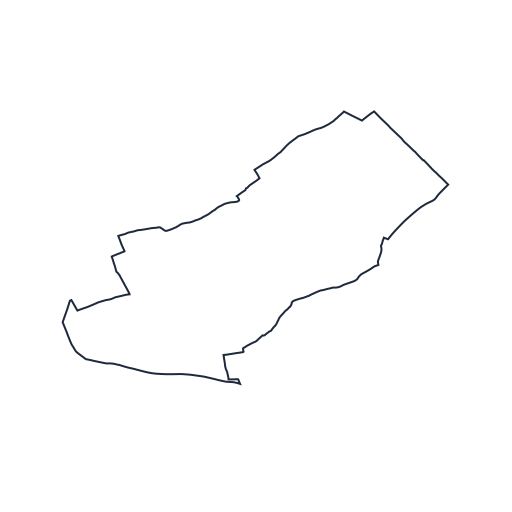 outline of Bueng Kum, Bangkok Metropolis, Thailand, rotated 257°
{"feature_id": "78962969B8359958585386", "entity_name": "Bueng Kum", "entity_type": "district", "adm_level": 2, "iso_a3": "THA", "parent_name": "Thailand", "parent_adm1": "Bangkok Metropolis", "projection": "robinson", "projection_center": [100.65, 13.809], "detail": "fine", "context": "isolated", "style": "outline", "palette": "slate", "viewbox_px": 512, "rotation_deg": 257, "n_neighbors": 0, "source": "geoboundaries", "source_scale": "gbopen_adm2", "svg_char_len": 6014}
<svg xmlns="http://www.w3.org/2000/svg" viewBox="0 0 512 512"><g transform="rotate(257 256 256)"><path d="M321.5,434.6L323.0,433.4L325.5,431.8L329.5,429.2L331.7,427.7L333.6,426.3L336.2,425.0L338.6,423.8L338.8,423.6L350.7,415.7L353.1,414.4L353.6,414.2L353.8,414.0L361.7,408.8L370.3,403.6L368.8,399.6L366.9,395.5L364.5,390.4L364.1,389.7L368.6,384.3L371.0,381.3L371.6,380.6L377.0,374.2L376.2,373.0L374.1,369.1L372.8,366.8L372.1,365.8L371.5,364.3L371.1,363.6L370.2,362.3L369.4,360.1L368.0,356.3L367.0,352.4L366.5,350.2L366.2,348.3L366.0,343.4L365.6,340.6L364.5,335.2L364.1,332.7L363.8,331.2L363.2,324.7L362.9,323.5L362.3,322.4L361.9,321.4L361.4,320.4L360.8,318.9L359.8,316.7L358.5,313.8L356.4,310.2L354.1,306.9L353.9,306.5L353.7,306.2L352.9,305.0L351.9,303.6L351.0,301.6L350.7,300.7L348.8,297.3L347.7,295.1L346.4,292.3L346.0,291.3L345.5,290.0L343.8,283.5L340.3,273.9L335.4,275.7L330.9,276.9L329.2,273.1L326.5,266.2L326.3,265.8L326.1,265.4L324.4,262.8L324.1,261.4L322.6,260.5L321.1,256.5L318.7,250.9L318.6,251.0L317.7,251.3L316.1,251.9L315.1,252.1L314.7,252.2L314.1,252.1L313.9,251.9L313.5,251.1L313.3,250.4L313.2,249.7L313.3,248.3L313.4,247.1L313.9,243.9L314.0,242.6L314.0,242.1L314.0,241.1L313.9,239.2L314.0,238.7L313.9,238.0L313.8,237.0L313.5,235.7L312.8,233.2L312.2,230.5L311.8,229.4L311.3,228.4L310.9,227.4L310.6,227.1L310.2,226.3L309.8,224.8L309.6,224.2L307.6,219.5L307.2,218.5L307.1,218.0L306.8,216.9L306.4,215.3L305.8,213.0L305.2,211.5L304.5,207.6L304.3,204.7L303.9,202.7L303.7,201.1L303.6,199.1L303.6,198.3L303.9,196.7L304.1,191.8L303.9,190.3L302.7,186.8L302.0,184.6L301.9,184.1L301.5,181.8L301.1,179.7L300.9,178.0L300.6,174.4L300.8,173.8L301.1,173.2L301.4,172.7L302.3,171.9L303.0,171.3L304.0,170.4L304.6,169.8L305.1,169.3L305.6,168.8L305.7,168.0L305.9,167.2L306.0,164.5L306.3,163.1L306.6,160.8L306.7,160.4L306.7,158.8L307.0,153.5L307.3,149.6L307.7,146.7L307.6,144.4L307.4,142.8L307.4,142.1L307.5,140.2L307.5,136.7L307.4,136.0L306.9,133.5L306.7,128.4L306.6,126.4L306.0,126.4L303.9,126.7L302.1,127.0L299.3,127.3L297.3,127.6L296.2,127.8L295.2,128.0L292.7,128.5L291.2,128.8L290.3,129.0L289.9,128.0L289.7,126.0L289.5,124.7L289.3,124.0L289.2,123.0L288.8,120.1L288.5,118.7L288.2,116.4L288.0,115.6L287.9,115.3L287.5,115.3L286.1,115.5L283.6,115.7L282.5,115.8L281.8,115.9L281.5,115.8L281.3,115.8L280.8,115.9L277.8,116.2L272.3,116.4L272.0,116.5L270.4,117.6L270.1,117.8L268.5,118.4L268.0,118.7L266.4,119.1L252.3,123.0L248.5,124.0L247.4,124.2L247.1,124.2L247.4,121.5L247.5,120.2L247.4,116.0L247.4,110.1L247.4,109.5L247.0,107.4L246.7,105.7L246.6,104.6L246.6,103.2L246.7,101.6L246.7,100.9L246.8,100.5L246.8,99.9L246.6,96.1L246.4,93.5L246.3,91.9L246.1,90.5L245.9,90.0L245.8,89.5L245.7,88.7L245.4,87.2L245.0,84.9L244.7,83.1L244.4,81.5L244.1,79.3L244.0,78.3L243.8,76.2L243.2,70.9L243.0,69.7L254.6,66.2L254.3,64.7L252.8,63.7L251.5,63.0L246.1,59.8L241.3,56.7L236.7,53.8L234.9,52.7L233.3,53.0L231.2,53.3L229.4,53.6L227.6,53.9L223.2,54.6L222.6,54.6L217.9,55.3L215.3,55.7L213.1,56.1L211.1,56.5L208.6,57.4L206.4,58.1L203.7,59.0L203.0,59.4L202.0,60.2L201.8,60.3L196.4,64.8L193.8,67.0L191.7,71.6L190.0,75.0L188.3,78.7L186.7,82.2L185.8,84.1L184.9,86.3L184.3,89.1L183.7,91.2L183.0,93.1L182.8,93.7L182.4,94.4L181.2,96.8L180.7,98.1L178.2,102.4L177.4,103.8L176.1,106.2L173.9,110.8L172.0,114.4L168.8,120.5L167.4,123.3L166.7,124.8L165.1,128.5L163.9,131.9L162.9,135.2L162.3,137.3L161.5,140.2L160.8,142.9L159.8,147.2L159.2,150.0L158.1,155.3L157.6,157.3L156.1,162.2L155.1,165.3L154.1,168.0L150.3,177.9L147.5,183.7L144.2,190.3L143.7,191.2L141.7,195.4L140.2,198.7L138.4,204.8L137.9,206.2L136.6,208.9L135.0,211.7L136.0,211.5L139.8,210.9L139.9,210.7L140.2,209.9L140.7,207.2L141.5,203.3L141.8,202.3L142.0,201.5L142.5,201.6L143.8,201.7L149.2,201.8L151.2,201.5L152.5,201.2L154.1,201.2L154.9,201.1L156.2,201.2L156.3,201.2L156.5,201.3L159.7,201.6L161.7,201.7L166.9,202.1L166.9,202.3L166.5,204.5L166.3,207.7L166.1,210.4L165.8,215.0L165.4,219.5L165.3,221.5L165.3,221.9L165.4,222.1L165.5,222.3L167.7,222.4L168.4,222.4L168.8,222.6L169.0,222.7L169.1,222.9L169.8,225.2L170.4,226.6L170.8,228.0L171.1,229.2L171.9,232.1L172.3,234.0L172.4,234.7L172.6,235.9L173.1,237.4L174.1,239.1L175.5,241.5L176.1,242.7L177.1,244.3L177.2,244.6L176.9,245.1L176.8,245.5L176.8,246.1L176.8,246.3L177.3,247.5L177.6,247.9L178.1,249.1L178.9,250.9L179.3,251.6L179.7,253.6L180.5,254.7L181.4,255.6L182.6,257.2L183.0,257.7L183.4,258.6L183.6,258.8L184.1,259.4L184.8,260.2L185.8,261.1L187.9,262.7L188.5,263.3L189.3,263.9L189.7,264.1L191.1,265.5L191.9,266.6L192.3,267.1L194.6,270.5L196.0,272.4L196.3,273.1L196.5,273.7L197.0,274.6L197.4,275.3L198.1,276.2L198.8,277.3L198.8,277.6L199.0,277.7L199.3,278.2L199.6,278.6L200.1,278.9L200.2,279.1L201.0,279.7L201.7,280.0L202.1,280.3L202.6,280.4L202.9,280.7L203.4,281.4L203.7,282.1L203.9,283.0L204.2,284.7L204.3,286.3L204.5,288.1L204.6,292.6L204.9,295.1L205.2,297.1L205.3,298.5L205.6,299.5L206.1,301.5L207.2,306.8L207.9,311.3L207.7,312.7L207.8,313.6L207.7,314.6L207.9,319.5L207.8,320.1L207.8,321.2L207.9,323.1L207.9,323.9L207.3,326.4L207.1,328.6L207.1,329.7L207.3,331.2L207.7,333.1L208.2,334.8L209.3,345.2L209.8,347.4L210.7,349.4L211.1,349.9L212.2,350.9L213.5,352.7L214.5,354.4L215.7,358.5L216.0,359.8L216.9,362.7L217.8,365.4L219.1,368.6L219.4,370.1L219.7,373.2L220.9,373.3L222.4,373.4L222.9,373.5L223.4,373.6L224.9,374.5L226.0,375.2L226.8,375.8L228.0,376.6L228.5,376.9L230.0,377.8L230.8,378.3L231.3,378.6L232.0,378.9L233.9,379.7L235.6,380.0L237.3,380.0L238.0,380.1L239.4,381.4L240.3,381.9L242.0,382.7L243.7,383.9L244.6,384.4L245.1,384.7L242.6,388.4L244.3,390.5L246.7,393.6L249.8,398.0L254.0,404.4L256.3,408.0L258.4,411.7L261.8,418.0L264.9,424.1L266.3,427.1L266.9,428.7L268.0,431.9L268.7,434.1L269.9,439.5L270.4,441.4L270.8,442.3L271.2,443.1L272.4,444.7L273.8,446.3L275.1,447.9L279.0,454.0L282.3,459.3L285.4,457.4L289.9,454.6L293.5,452.1L297.6,449.6L298.1,449.0L299.0,448.5L301.9,446.6L302.5,446.4L304.2,445.3L305.3,444.7L305.6,444.6L311.7,440.9L311.7,440.4L312.3,439.9L319.9,435.4L321.5,434.6Z" fill="none" stroke="#1e293b" stroke-width="2"/></g></svg>